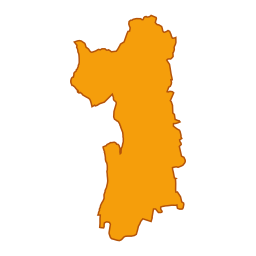 Mit Ghamr, Ad Daqahliyah, Egypt
{"feature_id": "37247803B25153322962327", "entity_name": "Mit Ghamr", "entity_type": "district", "adm_level": 2, "iso_a3": "EGY", "parent_name": "Egypt", "parent_adm1": "Ad Daqahliyah", "projection": "equal_earth", "projection_center": [31.277, 30.708], "detail": "fine", "context": "isolated", "style": "filled", "palette": "amber", "viewbox_px": 256, "rotation_deg": 0, "n_neighbors": 0, "source": "geoboundaries", "source_scale": "gbopen_adm2", "svg_char_len": 5632}
<svg xmlns="http://www.w3.org/2000/svg" viewBox="0 0 256 256"><path d="M74.3,42.0L74.9,42.8L75.6,43.6L76.0,44.2L76.4,44.8L76.5,44.9L76.8,44.8L76.8,44.6L76.9,45.0L76.9,45.3L76.9,45.9L76.8,46.5L76.7,46.8L76.6,47.2L76.9,47.9L77.4,48.6L77.9,50.8L77.9,51.2L77.9,51.4L77.9,51.8L78.0,52.1L78.3,52.7L78.5,53.2L78.7,53.7L78.9,54.5L79.1,56.8L79.2,59.1L79.2,59.5L79.2,62.6L78.8,64.5L78.5,64.8L78.4,65.1L78.3,65.3L78.3,65.6L78.3,66.1L78.3,66.3L78.2,66.6L77.6,67.9L77.1,69.2L77.0,69.4L76.8,69.5L76.6,69.7L76.4,69.7L76.3,70.1L76.2,70.6L76.1,71.0L75.9,71.3L75.4,71.6L75.1,71.8L74.8,72.1L74.3,72.6L74.2,72.8L74.0,73.1L73.9,73.5L73.9,73.9L73.9,74.3L73.9,74.6L73.4,77.1L72.9,77.1L72.6,77.2L72.3,77.4L72.0,77.6L71.8,77.9L71.5,78.4L71.3,78.8L71.1,79.4L70.9,80.1L70.8,80.9L70.8,81.7L70.9,82.5L71.1,83.2L71.6,84.4L72.0,85.4L72.5,85.4L72.9,85.5L73.2,85.7L73.4,85.9L73.7,86.2L74.2,86.5L74.6,86.9L74.9,87.2L75.3,87.7L75.6,88.2L76.5,89.2L77.2,90.1L77.8,90.3L77.9,90.6L77.9,91.0L78.3,91.3L78.4,91.8L78.2,91.9L78.0,91.7L78.0,91.3L77.9,91.2L77.5,91.3L77.5,91.5L77.6,92.0L78.3,92.5L78.8,92.9L79.2,92.9L79.5,92.9L79.9,92.8L80.3,92.5L80.9,93.0L81.6,93.5L82.2,94.1L82.7,94.9L86.1,96.9L88.2,98.0L88.5,98.2L89.0,98.6L89.6,99.1L89.9,99.5L90.5,100.9L90.9,102.2L91.3,103.6L91.5,104.5L91.9,106.2L92.0,106.7L94.7,105.2L95.3,105.9L97.2,105.3L99.7,103.7L104.4,102.1L112.3,94.2L113.5,97.7L113.4,99.0L114.0,100.3L115.6,101.6L116.2,102.5L116.2,103.8L114.0,111.5L113.7,116.9L114.5,119.2L115.6,119.8L116.7,120.8L117.5,121.1L118.4,121.8L118.9,122.7L119.7,124.0L120.0,125.3L120.6,126.3L120.6,126.9L122.7,132.4L123.0,135.3L123.0,136.9L123.3,138.2L123.3,141.7L122.7,143.9L122.2,146.5L121.3,148.4L121.1,150.7L121.0,152.9L120.8,153.2L120.2,153.7L119.9,151.8L120.0,150.6L120.0,148.2L119.5,147.0L119.0,145.5L118.0,144.4L116.9,144.2L116.6,144.2L116.1,143.2L114.7,142.3L113.6,142.3L112.0,142.6L110.3,142.6L109.8,143.2L107.0,144.5L106.3,145.6L103.1,146.9L103.1,147.4L103.2,147.8L103.4,148.5L103.5,149.0L103.8,149.5L103.9,150.0L104.0,150.4L104.1,150.7L104.4,151.2L104.5,151.6L104.5,152.0L104.4,152.4L104.5,152.5L104.7,153.3L105.0,154.7L105.3,156.8L105.4,157.6L105.4,158.5L105.4,159.2L105.5,159.7L105.6,160.4L105.9,161.3L105.9,161.5L106.0,161.8L106.2,162.1L106.3,162.2L106.5,162.3L106.6,162.6L106.8,163.2L107.0,164.0L107.2,165.2L107.3,166.1L107.3,166.7L107.3,169.4L107.3,169.7L107.2,170.3L107.0,170.8L106.9,171.2L107.0,172.3L107.2,173.8L107.3,175.9L107.5,177.7L107.7,180.3L107.7,181.2L107.6,182.1L107.4,183.6L107.1,184.7L106.9,185.6L106.6,186.9L106.4,187.7L106.0,188.7L105.6,189.3L105.4,189.9L105.2,190.4L105.1,190.8L105.1,191.3L105.1,191.7L104.6,193.0L104.0,194.8L104.1,198.3L103.6,199.6L102.9,201.1L102.5,201.8L102.1,202.3L101.7,203.1L101.4,203.7L101.2,204.2L101.0,204.6L100.7,205.1L100.5,205.7L100.4,206.3L100.3,206.9L100.3,207.6L100.0,207.9L99.8,208.1L99.6,208.5L99.5,208.9L99.4,209.2L99.4,209.5L99.4,209.8L99.5,210.2L99.5,210.4L99.4,210.6L99.3,210.8L99.0,211.4L98.6,212.4L98.5,212.7L98.5,213.1L98.5,213.3L98.3,214.0L97.9,215.0L100.3,215.1L100.0,218.6L100.0,223.6L99.7,227.4L100.6,227.6L101.3,227.7L103.6,227.9L104.1,226.7L104.1,224.9L104.4,222.9L106.6,221.8L108.6,222.2L109.4,222.4L110.4,224.2L109.1,232.4L109.1,233.6L109.8,235.7L110.5,237.6L111.8,238.8L113.6,239.2L116.2,240.0L117.4,240.3L119.4,240.6L121.1,239.9L121.9,239.2L122.4,238.8L123.6,237.3L124.9,236.5L125.6,236.3L127.6,236.1L131.5,236.1L134.4,235.5L136.3,234.3L137.5,230.1L138.4,226.3L139.8,223.8L140.7,221.5L142.8,218.8L151.1,221.5L152.2,217.8L152.0,217.6L153.5,209.0L155.6,209.0L158.4,212.5L160.7,212.5L161.8,212.2L162.1,211.3L160.7,209.3L160.7,207.1L162.2,206.5L163.5,206.3L165.4,205.9L167.8,205.7L171.8,205.2L176.2,205.3L176.9,205.0L177.1,206.6L177.5,208.3L179.5,209.1L181.8,209.1L182.5,208.9L182.6,208.4L183.0,208.1L183.2,207.6L183.8,204.5L183.6,203.1L182.4,202.3L181.7,201.8L180.5,196.7L177.4,192.0L175.9,192.1L175.6,190.1L175.7,183.5L175.6,180.9L175.4,179.0L176.1,178.5L174.4,178.0L173.3,172.2L172.6,169.5L172.5,167.6L174.4,167.1L176.3,166.8L178.1,167.3L181.6,165.9L183.0,165.1L184.4,163.3L184.8,162.7L185.2,161.7L185.2,160.1L183.9,157.3L181.6,156.2L181.4,155.7L179.3,146.4L179.6,146.1L181.2,144.5L181.0,143.1L179.9,141.5L179.6,139.8L181.8,138.5L181.0,136.9L181.0,135.3L180.1,131.6L179.4,130.2L177.2,129.0L174.6,127.1L173.4,126.1L173.5,123.6L175.5,123.5L177.9,122.8L180.0,121.9L179.1,120.7L178.0,120.6L175.1,119.3L174.4,114.5L172.8,112.9L172.5,105.3L171.3,101.8L170.3,100.7L173.7,92.8L172.4,91.7L169.9,91.3L168.3,92.0L167.1,91.7L168.7,87.2L170.3,86.2L171.3,84.0L171.5,82.4L170.9,79.7L172.2,79.7L171.9,77.8L171.1,74.3L170.2,68.5L169.5,64.4L166.7,60.1L167.4,59.4L167.9,59.1L168.7,58.9L169.6,58.9L170.7,59.0L172.5,57.3L173.1,56.4L172.9,52.9L173.6,51.9L174.2,50.0L174.3,49.4L174.3,49.1L174.1,47.5L174.7,45.6L175.0,45.2L175.3,44.6L175.6,43.6L175.9,42.4L175.9,42.1L175.8,37.5L175.1,37.9L174.6,37.9L173.2,38.2L172.4,38.2L171.3,35.9L171.0,34.6L169.6,31.4L168.0,30.5L167.2,31.1L166.1,31.7L164.4,32.3L164.1,32.3L163.6,32.0L163.0,31.4L162.7,30.7L162.2,28.2L161.6,26.5L158.9,24.9L157.2,24.6L156.4,23.9L155.3,22.6L155.9,20.1L156.4,18.8L156.1,17.5L151.1,15.4L150.6,15.9L149.2,16.8L147.0,17.1L146.2,16.5L144.8,16.8L143.9,17.6L143.2,19.3L142.9,19.7L141.8,19.6L140.7,18.7L136.3,18.6L133.2,19.3L131.9,20.2L130.7,20.2L129.1,21.5L128.8,24.0L129.4,26.0L130.2,27.9L129.6,31.1L128.0,31.4L126.9,33.9L124.1,41.9L120.5,44.1L119.9,45.4L117.7,49.3L116.3,51.2L111.4,51.8L109.7,50.5L108.6,49.8L108.1,50.1L106.4,50.1L105.0,48.8L102.0,48.8L100.3,49.8L98.4,49.4L95.6,51.0L91.8,52.3L90.7,51.9L89.8,51.0L88.5,49.0L86.0,47.1L85.2,44.2L84.6,43.2L83.2,42.3L81.3,41.0L79.4,40.6L77.5,40.9L74.3,42.0Z" fill="#f59e0b" stroke="#b45309" stroke-width="1.5"/></svg>